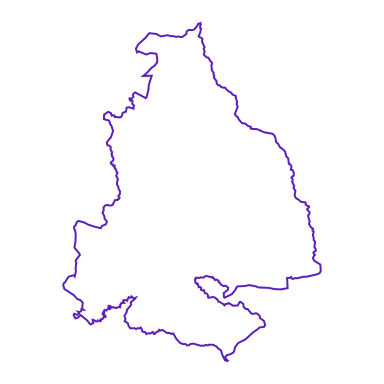 the district of Albania, La Guajira, Colombia
{"feature_id": "7082276B89391660501858", "entity_name": "Albania", "entity_type": "district", "adm_level": 2, "iso_a3": "COL", "parent_name": "Colombia", "parent_adm1": "La Guajira", "projection": "orthographic", "projection_center": [-72.544, 11.245], "detail": "fine", "context": "isolated", "style": "outline", "palette": "violet", "viewbox_px": 384, "rotation_deg": 0, "n_neighbors": 0, "source": "geoboundaries", "source_scale": "gbopen_adm2", "svg_char_len": 5989}
<svg xmlns="http://www.w3.org/2000/svg" viewBox="0 0 384 384"><path d="M265.2,324.9L263.9,320.9L259.9,318.0L259.7,316.0L257.4,313.7L255.9,313.2L253.5,313.9L251.4,313.6L247.6,309.0L245.9,309.0L243.7,307.2L243.3,304.0L240.4,301.8L239.7,302.0L237.7,305.5L233.1,305.7L228.6,303.0L227.6,303.8L225.6,304.0L224.4,305.4L223.5,304.3L220.2,302.2L218.3,301.5L217.6,299.6L216.2,298.9L215.5,297.8L213.0,297.0L208.4,297.8L207.9,297.1L208.2,295.9L206.9,293.7L204.9,293.1L203.9,290.2L202.8,290.5L201.0,289.8L201.3,288.1L200.4,287.1L198.7,287.2L198.7,286.1L197.9,285.2L197.9,283.9L196.8,283.9L196.4,283.0L195.6,282.9L194.9,280.0L195.7,279.2L195.3,278.2L196.8,277.5L199.4,278.1L200.8,277.4L203.6,277.5L205.5,276.1L207.5,276.1L211.1,277.3L212.5,276.9L212.9,278.2L214.0,278.4L215.1,280.1L216.6,279.6L218.6,280.7L218.7,282.3L220.1,283.0L220.7,284.5L223.7,286.2L225.1,285.7L226.5,286.2L228.2,287.8L228.0,289.7L223.7,293.1L224.0,297.2L224.5,297.7L231.9,294.1L235.4,289.8L236.8,286.9L237.6,286.4L245.0,286.0L249.3,285.1L256.1,286.4L258.1,287.4L268.8,287.9L274.6,289.1L280.9,289.4L287.6,288.1L287.1,278.0L289.0,278.0L291.2,277.0L291.7,278.6L293.4,278.9L295.2,278.0L297.0,278.3L303.1,276.8L306.7,276.7L317.2,274.3L319.7,273.0L320.8,270.8L320.3,264.5L314.3,260.8L312.9,258.3L313.9,255.8L314.9,254.9L313.4,253.0L313.7,252.0L315.8,250.9L315.5,248.7L314.4,247.1L315.1,241.8L313.7,240.1L313.6,237.2L312.8,235.3L313.7,231.6L312.4,230.4L313.1,228.8L311.2,227.6L308.9,223.9L309.7,221.7L308.0,215.6L309.4,213.8L309.6,212.4L307.0,209.3L308.8,207.5L309.1,206.5L306.2,205.2L305.6,204.3L305.8,203.0L305.5,202.4L300.9,201.8L298.0,199.2L296.1,198.3L294.6,195.7L295.4,190.7L293.5,188.0L294.2,186.0L292.1,181.8L292.6,181.3L292.5,178.8L291.4,177.8L291.9,176.7L293.7,175.7L293.7,172.2L292.5,170.0L290.8,169.7L291.5,166.4L290.2,164.3L288.9,163.9L288.2,158.4L286.2,156.2L285.1,151.5L282.0,148.5L280.3,147.7L278.0,143.7L276.2,142.1L275.3,137.4L274.2,135.2L272.2,133.7L264.2,132.3L257.2,129.2L251.1,128.8L250.6,128.4L250.9,126.9L248.0,125.9L245.4,123.7L242.0,123.1L238.9,119.6L237.6,116.8L236.3,116.2L234.9,114.1L237.7,106.6L236.6,103.9L237.2,101.8L235.8,98.2L235.8,96.0L232.3,94.4L231.2,92.6L228.8,91.5L226.0,88.9L225.3,87.7L222.9,87.6L220.7,86.7L220.1,85.6L218.3,85.3L216.7,83.6L216.6,81.3L213.9,77.6L214.3,75.8L213.5,74.6L213.6,72.7L211.9,70.4L211.4,64.9L212.0,63.7L211.9,62.4L210.4,61.2L208.4,57.7L206.5,57.3L203.8,54.6L204.6,51.7L203.7,48.6L204.6,47.3L202.0,41.7L202.5,39.1L201.1,37.7L199.2,37.0L198.5,35.9L199.6,34.2L200.7,30.9L200.6,29.1L201.1,28.6L200.2,27.9L200.1,25.5L200.9,24.6L200.4,23.0L197.9,24.0L197.4,25.7L194.3,29.4L192.5,30.1L188.7,30.0L187.2,30.9L186.5,31.9L186.4,34.0L182.1,37.1L177.9,36.5L176.2,36.9L172.6,36.0L170.8,36.2L167.7,35.2L161.0,36.4L156.1,33.9L149.3,33.2L145.3,38.0L138.1,44.5L135.9,48.7L137.1,52.4L138.5,51.4L146.3,54.5L150.3,53.1L155.8,53.6L156.5,54.1L157.3,59.4L157.1,62.4L154.7,65.7L151.4,67.9L147.4,72.4L143.2,76.0L151.7,75.7L148.8,85.0L148.5,89.3L146.7,96.9L145.7,98.1L135.2,92.4L133.4,93.7L132.9,95.1L133.4,96.8L131.6,98.9L129.8,98.2L129.4,98.7L130.3,100.7L131.7,100.4L132.5,100.9L132.3,103.8L134.1,105.8L133.4,107.4L133.5,108.7L128.8,107.2L126.6,107.7L126.0,111.6L122.8,112.8L121.7,116.1L120.4,117.4L119.7,117.2L118.8,117.6L117.2,116.9L114.8,117.1L114.3,115.4L111.7,115.6L111.8,114.8L110.8,113.9L110.9,113.1L108.3,111.8L104.1,114.6L104.0,119.2L109.0,120.5L109.9,122.5L109.7,123.5L111.2,125.3L113.1,130.9L110.9,137.3L107.2,141.8L106.9,143.3L107.5,145.3L109.1,145.5L110.8,147.0L110.5,149.8L112.2,152.2L111.4,154.2L112.2,155.0L112.0,156.4L113.5,158.2L113.2,160.4L110.7,162.7L111.4,164.2L112.8,164.4L113.1,165.7L114.6,165.6L114.2,166.9L115.0,167.6L114.8,168.6L116.0,169.4L116.5,171.7L117.5,172.7L116.2,175.8L118.0,179.3L117.2,180.9L117.0,184.7L118.3,186.6L118.5,188.6L120.1,191.6L119.7,194.5L118.4,196.0L119.6,197.8L118.9,198.9L117.8,199.1L117.5,200.0L115.0,200.1L112.5,205.0L110.0,205.6L106.8,204.9L105.2,205.6L103.5,207.4L103.7,210.4L102.6,212.8L104.4,216.3L104.5,218.5L106.8,221.4L106.8,222.3L105.7,224.4L102.0,225.9L100.8,228.2L94.2,226.6L87.9,224.5L84.7,222.7L78.6,220.9L76.7,222.2L75.7,225.2L74.2,226.5L74.2,228.9L75.1,230.5L75.7,234.1L75.5,241.5L74.4,247.6L79.3,253.5L79.9,254.9L75.9,260.1L75.8,261.9L76.3,262.8L75.6,267.9L75.9,271.5L74.7,276.5L73.5,275.3L69.1,276.5L68.0,277.4L65.2,282.1L63.8,283.2L63.2,285.1L64.4,289.0L73.8,295.1L77.2,298.9L80.6,300.3L82.7,302.6L82.2,308.6L83.4,309.7L81.4,309.4L81.0,311.3L78.9,312.2L78.1,311.9L79.1,313.4L78.5,314.2L77.1,314.8L74.2,313.8L73.6,315.2L75.5,318.4L78.0,317.5L80.7,315.1L86.9,320.2L90.4,324.4L93.3,323.1L92.7,319.8L94.8,320.5L95.8,321.5L97.3,321.3L97.8,320.4L100.4,321.3L100.9,320.8L100.6,319.3L102.5,319.1L103.7,317.3L105.5,317.0L105.4,315.6L103.7,315.7L104.1,313.2L103.0,314.2L102.5,313.8L104.5,310.0L106.5,310.5L108.1,308.3L109.6,309.2L110.1,308.9L110.1,307.6L108.5,306.6L108.6,305.8L110.1,305.9L112.0,307.7L113.6,307.1L115.8,308.1L118.8,307.0L120.2,307.3L120.1,305.4L120.7,304.9L120.4,304.4L121.6,302.8L124.1,302.9L123.1,301.3L123.4,300.2L125.9,300.1L127.0,300.8L128.7,297.2L130.7,297.8L131.4,296.4L133.8,298.4L135.7,297.7L134.9,298.9L130.8,302.2L131.0,305.1L126.7,310.1L126.9,311.6L124.4,316.1L125.5,318.7L124.7,321.4L125.9,321.7L128.0,323.5L128.7,326.1L130.3,328.3L134.4,328.2L136.0,329.1L137.6,328.2L139.6,328.4L140.6,327.5L141.9,329.5L142.0,330.8L142.8,331.7L145.1,332.1L146.3,334.0L147.2,333.4L150.7,333.4L152.6,332.0L153.3,332.4L153.8,334.0L154.5,334.1L156.8,331.7L158.6,331.4L159.1,329.8L160.8,330.6L162.4,329.9L167.0,333.0L169.5,333.0L171.2,334.0L173.2,333.4L176.5,339.1L180.3,343.1L183.1,344.1L185.2,344.0L187.3,345.5L189.0,345.2L190.2,344.1L193.2,343.6L200.6,345.7L204.0,345.7L205.8,344.9L207.7,345.4L209.1,344.7L213.2,344.8L217.0,346.9L217.8,348.2L221.0,350.4L222.7,356.0L224.9,360.1L226.6,361.0L227.7,360.6L225.8,358.8L225.4,356.7L226.7,355.3L231.0,353.9L233.2,352.6L234.0,351.5L235.3,346.8L238.2,343.0L245.7,339.2L252.8,332.6L258.1,328.9L259.4,327.5L264.2,326.8L265.2,324.9Z" fill="none" stroke="#5b21b6" stroke-width="2"/></svg>